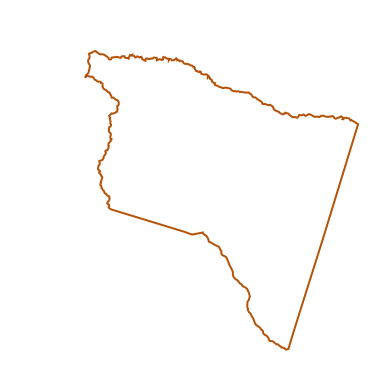 outline of Amarante do Maranhão, Maranhão, Brazil, rotated 107°
{"feature_id": "56859067B54361622424069", "entity_name": "Amarante do Maranhão", "entity_type": "district", "adm_level": 2, "iso_a3": "BRA", "parent_name": "Brazil", "parent_adm1": "Maranhão", "projection": "mercator", "projection_center": [-46.679, -5.381], "detail": "fine", "context": "isolated", "style": "outline", "palette": "amber", "viewbox_px": 384, "rotation_deg": 107, "n_neighbors": 0, "source": "geoboundaries", "source_scale": "gbopen_adm2", "svg_char_len": 5826}
<svg xmlns="http://www.w3.org/2000/svg" viewBox="0 0 384 384"><g transform="rotate(107 192 192)"><path d="M81.7,91.3L82.8,91.7L83.2,92.4L83.1,93.2L83.4,94.7L84.3,96.6L84.0,97.7L83.8,99.5L83.4,100.4L83.2,102.8L83.7,103.5L84.6,104.0L86.1,105.7L85.2,107.9L86.3,109.1L86.7,110.3L86.9,111.5L87.2,112.1L88.2,112.2L88.9,112.6L90.0,112.8L90.3,113.8L90.2,114.9L90.5,116.2L91.1,117.4L90.7,118.9L90.2,120.1L89.9,121.3L89.0,122.3L88.8,123.3L89.1,124.1L88.7,125.2L89.0,126.2L90.1,126.3L90.3,127.1L91.2,127.8L91.2,128.8L90.6,131.6L89.9,132.5L89.9,133.9L89.7,134.9L89.7,136.0L89.6,136.9L88.9,137.4L88.6,138.3L87.9,138.6L87.2,139.5L86.5,140.0L86.3,141.2L85.8,142.3L85.8,143.2L86.6,144.2L86.6,146.1L86.5,147.6L87.1,150.4L85.9,151.2L85.3,152.3L84.6,154.4L84.5,155.7L83.5,157.8L83.1,158.8L83.1,159.7L83.5,160.8L82.7,162.5L81.2,164.1L80.9,165.6L80.3,166.7L80.6,168.0L81.3,169.5L81.4,171.2L81.8,172.4L81.6,173.5L82.4,175.5L82.1,176.3L82.2,177.3L83.0,179.0L82.9,180.2L83.4,181.6L83.3,183.5L82.7,184.5L81.9,185.4L82.1,186.9L82.1,188.6L82.5,190.8L83.5,192.4L83.7,193.5L83.4,194.4L83.4,197.0L83.2,198.5L82.9,199.5L83.0,201.3L82.1,201.9L81.2,201.8L81.5,202.8L81.0,203.9L80.6,205.3L79.5,205.5L78.7,206.5L78.7,207.6L77.8,208.2L76.9,209.2L77.5,209.9L78.2,210.3L77.1,210.6L76.3,210.0L75.8,211.0L75.3,212.3L75.4,213.4L76.0,214.1L76.2,214.9L76.4,216.6L76.2,217.6L75.4,218.4L74.4,218.8L74.4,219.7L75.3,220.3L75.3,221.3L74.8,222.1L75.1,223.4L74.0,224.7L73.4,225.7L72.3,225.7L71.6,226.7L71.9,228.0L71.1,228.8L71.1,229.6L71.3,230.9L71.0,231.7L70.8,232.6L71.1,235.2L71.5,236.0L71.4,237.2L71.0,237.9L70.0,238.7L69.9,239.7L70.0,240.4L69.8,241.4L70.5,242.2L69.8,243.1L69.9,244.0L70.3,244.6L69.3,245.0L68.8,246.2L69.9,246.6L70.5,247.1L71.0,247.8L71.5,248.3L72.0,249.4L71.1,251.3L71.3,252.2L72.9,252.7L72.0,253.0L71.5,253.6L71.8,255.0L71.1,257.1L71.5,258.0L71.3,258.8L72.4,259.0L73.7,258.4L74.3,259.0L74.7,259.8L74.2,260.7L74.8,262.4L75.5,263.3L76.2,264.0L74.9,264.4L74.0,265.1L74.3,266.2L74.4,267.3L74.8,268.1L75.8,268.6L76.2,269.3L76.4,270.5L77.4,271.4L77.6,272.6L77.3,273.4L77.5,274.2L78.3,275.2L80.1,274.8L80.2,276.0L79.8,276.9L79.6,278.2L77.5,279.9L78.1,281.0L78.7,281.5L78.3,284.1L79.5,284.8L80.0,285.7L79.3,286.4L78.7,287.4L79.0,288.4L79.2,289.5L78.4,289.5L79.0,290.2L79.1,291.2L79.9,291.5L81.7,291.7L82.9,291.5L82.7,293.0L83.1,294.0L83.2,295.1L81.9,296.3L82.4,297.4L82.5,298.5L83.2,299.0L84.8,299.6L84.6,301.7L85.0,304.4L85.6,304.9L86.0,306.0L86.9,308.1L87.9,308.0L88.9,308.3L89.4,309.4L89.2,310.4L88.1,311.1L87.2,313.4L87.1,314.3L86.5,315.1L86.4,317.9L86.7,318.9L87.2,319.6L87.0,321.2L86.6,322.0L86.2,324.0L85.4,325.4L86.0,326.5L86.8,327.6L87.4,328.2L88.3,328.7L89.3,330.4L90.1,331.0L91.8,329.7L94.2,329.2L95.4,329.7L96.5,329.8L97.3,329.6L98.5,328.9L99.4,328.2L99.9,327.5L100.8,326.7L101.5,326.3L107.7,325.9L108.7,326.0L111.5,327.5L113.9,327.7L111.7,326.3L111.5,325.4L111.6,324.1L111.4,322.7L111.0,321.7L111.0,320.7L111.3,319.7L111.9,319.0L113.0,318.0L113.3,315.7L113.9,314.9L114.0,314.1L113.4,312.3L113.5,311.5L114.2,311.1L114.2,310.1L114.6,309.2L115.4,309.0L116.4,308.6L117.6,308.3L118.1,307.6L119.2,306.6L119.9,303.4L121.1,301.3L120.9,300.1L121.6,299.3L122.5,298.8L122.9,298.1L123.6,297.3L124.7,296.9L125.3,296.1L124.7,294.8L126.0,291.7L126.0,290.1L126.6,289.2L127.5,288.3L128.3,288.2L129.9,287.6L130.8,287.9L131.7,288.6L132.7,288.4L133.5,287.9L134.4,287.3L135.4,287.4L136.9,287.1L137.6,287.7L138.1,288.4L139.1,289.2L140.3,290.8L140.3,291.8L143.3,293.5L144.4,292.8L144.8,292.0L145.8,292.1L148.4,290.5L149.3,290.5L150.4,290.1L151.1,289.2L152.2,288.9L153.4,289.4L154.5,290.2L155.8,290.0L156.9,289.5L158.1,289.3L159.0,288.6L159.4,287.4L160.0,286.7L161.1,286.3L163.0,286.3L163.8,286.1L164.9,285.4L164.9,284.4L165.7,284.4L166.4,284.9L167.2,284.7L168.0,285.2L168.9,285.3L169.8,285.9L171.5,285.8L172.4,285.0L173.5,285.0L175.4,284.8L176.7,285.2L177.1,286.0L177.9,286.7L178.7,286.7L179.2,286.2L179.8,285.8L180.7,285.7L182.1,286.3L183.5,286.5L184.4,286.8L185.7,286.5L187.7,287.1L189.5,289.7L190.5,289.3L191.4,288.6L192.1,288.3L193.2,288.6L194.5,289.1L195.8,289.0L197.3,288.6L198.3,287.9L198.4,286.8L199.1,286.0L199.9,286.5L200.9,286.4L201.7,284.5L203.0,283.8L203.4,282.9L204.4,282.0L207.7,282.0L208.7,282.3L209.6,281.7L210.9,282.0L212.2,281.7L212.5,280.6L214.4,279.9L215.5,278.5L216.3,277.7L216.8,276.5L217.5,275.9L218.3,275.5L218.9,274.6L219.0,273.3L219.7,272.8L220.2,271.9L220.2,270.6L220.5,269.7L221.4,269.5L222.0,269.1L222.9,268.7L223.9,268.8L224.8,269.0L225.8,269.6L227.5,269.9L228.1,269.0L228.2,268.0L228.8,267.3L229.5,267.5L230.2,267.0L231.1,267.1L231.7,266.3L232.2,264.9L232.3,263.9L232.3,187.4L232.7,179.5L227.6,169.8L228.4,169.6L229.5,166.3L230.0,165.0L232.1,162.8L234.5,161.4L234.8,159.2L235.6,156.0L236.7,150.0L238.5,148.5L240.0,146.6L242.1,146.0L243.5,144.7L243.7,142.9L244.1,140.6L245.9,138.8L247.9,137.1L250.6,135.1L254.6,131.1L256.6,129.5L258.6,129.0L260.9,127.6L262.6,124.9L263.2,122.6L265.3,119.7L265.8,117.5L267.2,116.1L267.7,113.1L268.6,110.9L271.9,108.0L274.8,106.2L278.9,106.1L280.0,106.6L280.9,106.8L284.9,105.8L286.1,105.3L287.1,104.4L288.6,104.2L289.3,103.2L290.2,102.5L291.2,100.6L292.3,99.4L293.9,98.1L294.7,96.7L296.7,95.2L297.7,94.6L300.2,92.2L301.8,87.5L303.4,85.5L303.7,84.1L304.5,83.4L306.0,82.8L307.1,81.3L307.4,80.4L307.5,79.4L307.9,78.1L309.3,76.2L310.4,75.5L311.7,74.4L311.7,73.4L311.2,72.5L311.1,71.6L311.3,70.7L311.6,69.7L312.0,69.0L312.8,67.1L312.9,66.3L312.5,65.5L313.5,63.3L314.0,61.8L314.6,60.8L314.3,60.1L314.2,59.3L314.3,58.5L314.5,57.6L315.2,56.6L314.9,55.4L314.4,54.9L314.0,53.9L295.1,54.0L197.0,53.1L78.5,53.0L76.6,60.8L77.2,61.4L75.8,62.9L75.8,64.2L76.1,67.2L77.2,68.2L78.2,68.5L78.3,69.3L76.9,69.0L76.4,70.4L76.1,71.6L77.5,72.8L78.2,74.0L79.9,76.0L79.6,77.6L78.9,78.2L78.3,79.6L78.7,80.7L79.3,81.4L80.0,83.3L80.6,84.0L80.5,85.0L80.9,86.1L80.6,88.5L81.7,91.3Z" fill="none" stroke="#b45309" stroke-width="2"/></g></svg>